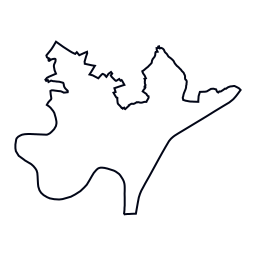 Thu Duc, Hồ Chí Minh city, Vietnam
{"feature_id": "81297802B1678031067910", "entity_name": "Thu Duc", "entity_type": "district", "adm_level": 2, "iso_a3": "VNM", "parent_name": "Vietnam", "parent_adm1": "Hồ Chí Minh city", "projection": "albers", "projection_center": [106.748, 10.855], "detail": "fine", "context": "isolated", "style": "outline", "palette": "ink", "viewbox_px": 256, "rotation_deg": 0, "n_neighbors": 0, "source": "geoboundaries", "source_scale": "gbopen_adm2", "svg_char_len": 5532}
<svg xmlns="http://www.w3.org/2000/svg" viewBox="0 0 256 256"><path d="M123.9,214.3L125.5,214.2L127.3,214.0L129.0,214.0L132.1,213.8L135.9,213.7L136.6,209.5L138.0,201.7L138.8,197.5L140.0,193.8L141.3,190.7L143.0,187.6L145.3,183.3L149.4,176.1L154.0,167.7L158.7,159.1L162.2,152.8L165.4,147.2L169.0,141.1L171.0,138.7L172.9,137.0L174.6,135.7L178.4,133.3L186.4,128.5L195.5,123.0L206.1,116.6L214.6,111.3L223.5,105.9L229.2,102.5L232.1,100.2L233.4,99.1L235.8,96.4L237.5,94.2L240.6,90.0L239.1,88.4L238.1,87.8L237.0,87.2L234.5,86.0L233.8,86.0L232.0,86.3L230.6,86.4L229.5,86.7L227.8,87.4L225.9,88.8L225.0,88.6L223.1,90.0L220.9,91.4L220.4,91.5L219.7,91.5L219.3,91.4L218.4,92.4L218.3,92.5L217.5,92.1L217.0,91.5L216.5,90.5L216.1,89.4L213.4,88.7L211.0,88.9L209.3,89.9L206.8,91.4L205.1,91.7L202.2,91.8L199.9,91.9L198.6,96.2L198.5,97.8L198.3,100.5L198.3,101.8L197.4,101.8L194.5,101.7L190.0,101.5L188.3,101.2L186.8,100.9L185.6,100.7L183.2,99.9L183.1,99.1L183.0,98.7L182.9,98.6L182.8,98.1L182.8,97.6L182.8,97.3L183.1,96.7L183.3,95.8L183.4,95.1L183.7,94.0L184.0,93.0L184.6,91.6L185.0,90.5L185.3,89.9L185.7,88.8L185.9,88.2L186.1,87.1L186.1,86.3L186.2,85.5L186.5,84.6L186.5,83.7L186.6,83.0L186.7,82.3L186.7,81.3L186.6,80.9L186.2,80.1L185.6,79.7L185.2,79.1L185.1,78.5L185.0,77.8L185.1,76.8L185.0,76.0L184.8,75.3L184.5,74.6L184.0,73.7L183.8,73.1L183.6,72.7L182.8,71.9L181.7,70.8L181.4,70.3L180.9,69.6L179.9,68.7L178.8,67.5L177.7,66.5L177.0,66.0L176.3,65.2L175.3,64.0L174.7,63.2L174.3,62.4L173.9,61.6L173.6,61.0L173.1,60.4L172.6,59.9L172.2,59.5L171.2,58.6L170.3,57.9L169.3,57.2L168.5,56.6L168.1,56.0L167.7,55.4L167.2,54.5L166.6,53.7L166.0,53.2L165.0,52.2L164.6,51.5L164.3,50.8L164.1,50.2L163.5,49.3L162.7,48.6L162.1,48.3L161.7,48.1L161.1,47.9L159.9,48.4L159.8,48.2L159.3,47.3L159.0,46.3L158.2,46.6L158.2,48.0L156.6,48.1L156.7,48.9L156.7,49.8L156.9,50.3L157.6,51.7L155.7,52.0L155.4,52.7L155.3,54.0L155.2,55.2L154.6,56.7L153.9,57.6L152.7,59.1L152.0,60.7L151.7,62.8L150.7,64.0L149.6,65.1L148.9,65.8L148.1,66.7L146.2,68.2L143.6,70.4L142.3,71.2L142.5,71.9L142.9,72.9L143.4,73.8L144.5,75.3L144.7,75.6L145.6,77.7L145.9,78.3L144.5,78.8L144.7,79.2L145.0,80.0L144.8,81.5L144.9,83.7L145.5,84.9L145.5,85.2L144.7,86.2L144.5,86.8L145.4,87.1L145.4,87.3L145.1,88.0L144.8,88.5L143.7,89.7L142.7,91.4L146.3,93.9L146.5,94.1L146.9,95.0L148.1,96.2L148.5,96.3L148.6,97.0L148.6,97.6L148.4,98.2L146.9,100.8L146.5,101.6L146.4,101.9L144.4,101.9L144.0,102.0L143.3,102.2L142.0,102.6L141.1,102.7L140.5,102.7L140.0,102.6L138.4,102.2L137.9,102.2L137.3,102.4L136.8,102.2L134.6,103.5L133.7,103.8L133.2,103.9L132.6,103.8L131.9,103.7L131.4,103.8L131.0,104.0L130.6,104.2L129.5,104.9L128.9,105.2L129.0,105.6L125.2,109.1L124.7,108.8L124.1,107.7L122.7,108.6L122.2,107.9L121.7,108.0L121.5,107.8L120.3,106.2L118.2,104.1L117.7,103.1L117.5,101.6L117.3,99.4L117.3,99.0L117.4,97.9L117.2,97.7L116.5,97.6L116.2,97.3L114.9,95.2L114.1,93.8L113.5,92.7L115.6,92.0L114.4,88.2L122.7,85.4L124.4,84.9L123.7,83.6L122.3,81.1L121.6,80.1L120.5,80.7L119.2,79.0L116.3,80.8L115.8,80.8L115.0,80.2L111.7,76.9L110.8,75.4L112.2,73.6L111.0,72.0L108.5,73.8L106.4,76.9L105.7,76.3L104.8,74.9L102.8,73.9L102.6,73.9L101.8,74.4L100.2,76.1L98.3,78.3L92.2,75.1L91.5,75.1L90.7,74.8L89.5,74.5L91.2,71.9L94.9,65.8L92.3,65.4L84.8,63.8L84.7,62.6L84.6,61.5L84.8,60.9L86.1,56.4L87.2,53.3L87.0,51.8L84.6,52.8L79.3,55.2L76.8,52.2L75.2,53.9L74.5,53.6L73.2,53.0L71.8,52.3L69.8,51.1L63.3,46.9L56.0,41.7L53.3,46.3L52.4,47.7L51.2,49.5L46.4,55.4L46.7,56.5L46.9,57.2L47.5,57.7L48.0,58.0L49.0,58.4L49.4,58.6L49.5,58.7L49.3,59.0L48.8,59.3L48.5,59.5L48.5,59.9L48.5,60.2L48.7,60.7L49.1,60.9L49.7,60.6L50.8,59.8L51.8,59.3L53.0,59.0L54.1,58.8L54.8,58.8L55.2,58.9L55.5,59.2L55.6,59.8L55.5,60.7L55.5,61.2L55.2,62.1L54.3,64.0L54.0,64.9L53.9,65.6L53.9,66.6L54.3,68.7L54.6,70.3L56.0,73.7L48.8,76.8L47.0,77.8L45.4,79.7L46.2,80.9L47.8,80.1L48.5,82.0L51.1,80.6L51.7,80.8L52.8,81.1L53.3,81.2L54.2,81.2L55.4,81.4L56.0,81.4L56.7,81.6L57.4,81.6L58.8,81.7L59.6,81.8L60.6,82.1L62.5,82.6L63.1,82.8L63.3,83.0L63.6,83.9L63.8,84.6L63.9,85.7L64.4,87.1L65.1,88.2L66.1,89.3L67.1,90.2L67.7,90.8L67.7,91.3L67.8,91.7L67.7,92.2L66.8,92.3L65.4,92.5L64.2,92.6L63.6,92.6L62.8,92.1L61.1,91.4L60.3,91.2L58.8,91.1L56.5,90.8L54.9,90.6L53.6,90.4L52.7,90.3L52.1,90.3L51.4,90.4L50.4,91.0L50.7,94.4L51.2,97.4L51.3,98.5L51.2,98.7L51.1,99.3L48.7,101.8L48.6,102.0L48.4,102.2L48.2,102.5L48.0,102.8L46.8,104.9L48.9,106.3L50.5,107.7L53.3,111.2L54.4,113.2L54.4,113.3L55.7,117.8L56.4,121.3L56.5,123.1L56.3,124.3L55.9,126.1L54.1,129.2L51.7,131.7L50.0,133.2L48.6,134.0L47.2,134.6L46.4,134.7L30.1,134.0L28.1,134.0L24.8,134.2L22.1,134.7L20.3,135.5L18.2,136.7L16.6,138.4L16.2,139.5L15.4,144.6L15.4,148.2L15.9,151.2L17.0,153.0L18.7,155.8L23.8,159.5L24.9,160.4L31.3,164.2L33.5,166.2L35.4,168.5L36.6,170.5L36.8,171.2L37.3,172.9L37.6,176.4L37.8,180.6L38.0,184.0L38.2,185.7L38.3,186.4L38.3,186.6L38.9,188.5L39.5,190.3L41.1,192.8L43.6,195.1L47.1,197.2L47.8,197.5L49.5,198.2L49.6,198.3L54.2,199.2L59.2,199.5L62.5,199.1L66.8,197.9L70.9,196.7L74.5,194.8L75.4,194.3L80.4,191.1L84.2,187.5L86.8,184.7L89.4,180.4L91.8,176.2L93.8,172.9L96.2,170.1L97.7,168.7L99.1,168.0L100.5,167.7L101.1,167.7L102.4,167.7L104.4,167.9L107.5,168.6L113.8,170.6L115.6,171.5L117.6,172.9L119.1,174.0L120.3,175.4L121.6,177.4L122.5,178.8L123.2,180.1L123.6,181.0L124.0,182.1L124.2,182.9L124.4,183.7L124.6,185.2L124.7,187.1L124.7,190.9L124.6,193.6L124.7,197.6L124.7,200.6L124.7,205.6L124.5,208.0L124.5,209.4L124.4,210.5L124.3,211.6L124.2,212.5L124.1,213.4L124.0,213.9L124.0,214.3L123.9,214.3Z" fill="none" stroke="#020617" stroke-width="2"/></svg>